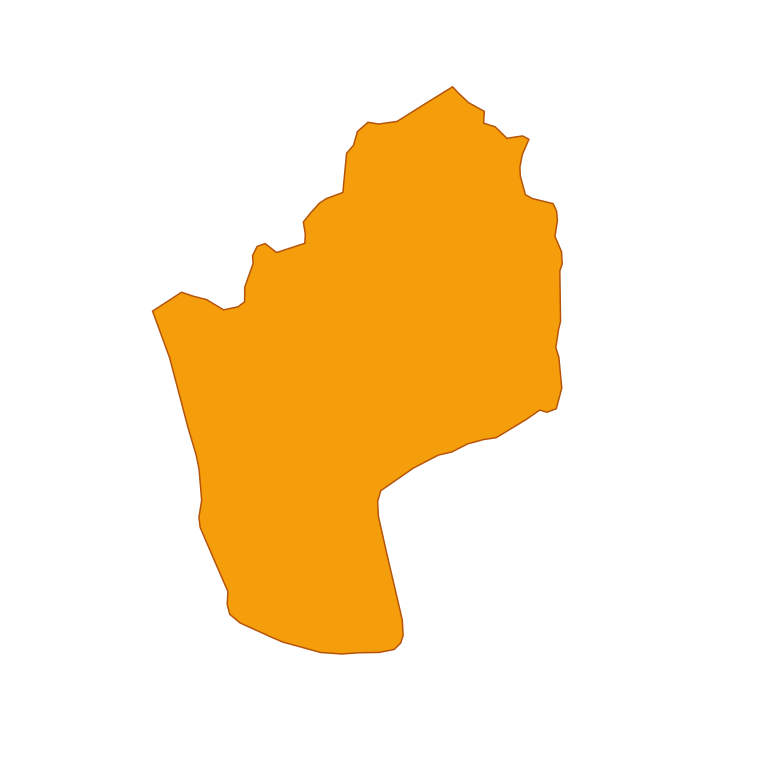 Equador, Rio Grande do Norte, Brazil (orthographic projection), rotated 327°
{"feature_id": "56859067B16316306157481", "entity_name": "Equador", "entity_type": "district", "adm_level": 2, "iso_a3": "BRA", "parent_name": "Brazil", "parent_adm1": "Rio Grande do Norte", "projection": "orthographic", "projection_center": [-36.654, -6.891], "detail": "fine", "context": "isolated", "style": "filled", "palette": "amber", "viewbox_px": 768, "rotation_deg": 327, "n_neighbors": 0, "source": "geoboundaries", "source_scale": "gbopen_adm2", "svg_char_len": 1251}
<svg xmlns="http://www.w3.org/2000/svg" viewBox="0 0 768 768"><g transform="rotate(327 384 384)"><path d="M638.8,257.7L635.3,251.4L620.9,244.9L617.3,228.9L609.6,219.5L616.6,210.0L608.1,194.0L604.6,179.3L603.4,172.1L573.2,171.4L538.0,170.9L521.2,163.1L513.1,155.8L499.2,157.8L488.6,167.1L478.3,170.1L453.8,201.0L436.8,197.1L428.2,197.2L415.5,200.6L404.6,204.2L399.6,215.5L394.2,222.9L365.5,215.2L360.8,201.5L352.6,199.5L343.7,204.7L339.8,211.7L320.0,226.9L311.8,239.2L303.4,239.7L289.8,234.4L281.2,216.7L270.9,205.4L264.2,196.8L229.6,196.8L218.5,245.2L195.7,314.4L187.8,341.3L182.4,354.9L167.7,382.3L156.1,395.1L151.7,404.2L145.2,442.1L140.1,473.0L132.4,483.5L129.2,493.2L133.2,506.1L152.7,536.6L158.7,545.5L184.7,574.7L201.5,587.4L216.9,595.9L233.6,606.4L248.0,612.2L256.9,610.3L263.1,605.3L270.8,591.9L294.5,526.3L307.2,492.0L314.7,479.0L323.2,471.7L362.8,470.5L390.7,473.2L403.8,477.9L421.7,479.8L437.5,484.9L448.7,490.1L483.6,491.2L500.4,490.7L505.3,496.4L515.0,498.6L530.9,484.2L545.2,456.8L547.9,447.1L560.5,432.9L566.2,427.6L593.0,385.0L598.9,380.3L604.9,369.8L607.8,353.3L618.6,341.2L622.9,333.0L624.1,324.9L609.3,309.2L605.7,302.2L611.6,283.8L615.9,276.4L624.7,267.1L638.8,257.7Z" fill="#f59e0b" stroke="#b45309" stroke-width="1.5"/></g></svg>